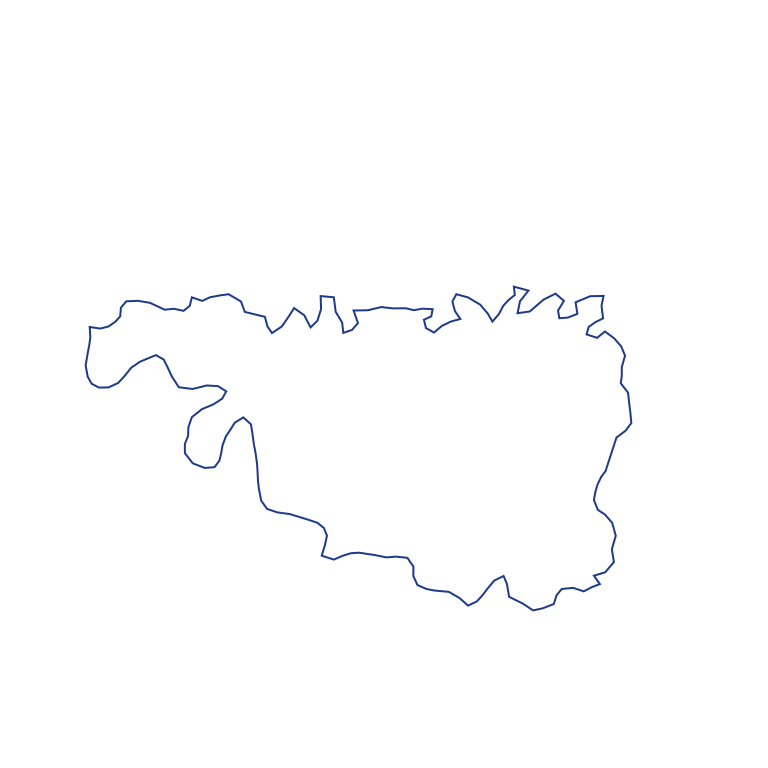 Protásio Alves, Rio Grande do Sul, Brazil (orthographic projection), rotated 118°
{"feature_id": "56859067B21055614470548", "entity_name": "Protásio Alves", "entity_type": "district", "adm_level": 2, "iso_a3": "BRA", "parent_name": "Brazil", "parent_adm1": "Rio Grande do Sul", "projection": "orthographic", "projection_center": [-51.489, -28.753], "detail": "fine", "context": "isolated", "style": "outline", "palette": "blue", "viewbox_px": 768, "rotation_deg": 118, "n_neighbors": 0, "source": "geoboundaries", "source_scale": "gbopen_adm2", "svg_char_len": 2576}
<svg xmlns="http://www.w3.org/2000/svg" viewBox="0 0 768 768"><g transform="rotate(118 384 384)"><path d="M233.9,213.6L243.2,217.5L245.1,228.4L237.4,230.1L229.9,226.2L223.2,221.4L212.7,228.7L203.2,231.5L209.7,243.2L221.9,253.2L231.3,246.2L239.0,252.8L243.6,260.1L237.4,264.8L226.1,264.2L223.7,275.0L234.7,282.8L251.5,289.3L258.8,299.3L247.1,302.8L233.7,300.3L237.1,315.0L244.0,310.3L251.0,313.3L258.8,315.4L268.5,315.4L278.0,317.6L273.1,325.4L268.8,336.2L268.1,350.6L270.8,362.3L279.1,362.3L286.4,355.5L290.7,347.1L297.4,354.2L305.4,360.1L315.1,364.0L314.9,373.2L308.5,378.9L302.1,374.0L295.1,376.2L299.5,385.5L304.8,392.3L307.0,400.6L313.1,411.7L317.3,422.5L326.4,432.8L333.4,445.4L342.4,435.6L351.2,437.6L358.0,443.9L349.4,449.8L342.9,460.6L331.0,469.0L336.1,481.2L347.5,474.7L359.4,472.5L368.5,475.4L360.7,486.8L359.2,499.0L368.9,499.8L381.1,501.2L391.6,506.8L387.9,513.9L380.6,520.7L385.7,540.7L378.3,549.0L377.7,563.4L383.0,570.7L389.1,578.3L395.9,583.4L397.7,594.3L406.2,592.2L413.5,595.3L416.2,604.8L421.4,612.6L422.2,628.7L426.1,640.4L432.0,650.4L440.1,652.1L448.2,648.7L455.1,650.4L462.6,654.3L468.3,660.6L471.8,670.6L480.5,665.3L487.7,662.6L495.8,660.1L507.6,656.2L516.7,649.0L521.0,642.3L521.0,634.0L516.3,625.6L507.9,619.2L499.6,617.0L488.2,614.8L479.0,610.0L465.6,599.0L465.8,590.0L471.4,582.2L476.8,575.1L483.2,563.7L478.3,550.7L468.5,539.8L463.8,529.5L464.6,519.8L472.9,520.0L482.1,525.1L491.6,532.9L503.5,538.1L513.8,536.5L521.8,532.6L530.4,531.7L538.6,527.3L543.8,515.6L542.3,502.9L537.0,494.6L528.9,493.4L522.1,495.1L513.8,497.8L504.6,499.0L495.5,498.1L488.2,497.6L479.5,492.5L482.1,482.5L490.9,475.9L498.0,470.8L505.8,464.6L514.1,458.6L520.6,454.6L528.7,449.8L535.1,445.4L544.7,437.6L549.2,428.6L547.4,417.8L543.1,406.2L539.4,387.2L537.8,377.6L539.4,369.4L544.6,363.2L553.5,360.6L564.8,358.4L562.6,345.9L555.0,339.8L548.9,333.7L544.6,326.7L539.4,312.0L535.9,300.3L531.0,292.8L526.5,281.8L531.4,272.3L539.7,268.0L545.8,260.1L545.1,250.6L542.9,243.1L537.1,229.2L537.5,217.0L540.2,205.8L532.5,200.0L523.9,197.8L516.4,196.6L505.9,194.4L497.4,188.3L502.7,181.7L513.2,173.6L512.7,158.3L513.9,146.1L507.7,138.7L498.6,130.8L489.4,132.5L481.5,130.8L475.2,121.3L473.3,110.3L465.9,105.2L459.3,99.5L454.7,108.6L446.4,100.3L433.3,97.4L423.0,105.2L409.2,108.1L399.4,117.4L395.5,127.8L394.7,136.1L387.9,144.2L379.4,146.9L372.3,148.3L364.1,148.6L356.9,147.5L322.1,153.6L311.6,148.7L302.3,147.3L292.8,153.6L284.1,159.7L277.1,164.4L272.2,175.3L265.3,177.8L257.7,181.9L245.8,184.5L239.4,192.3L235.6,202.3L233.9,213.6Z" fill="none" stroke="#1e3a8a" stroke-width="2"/></g></svg>